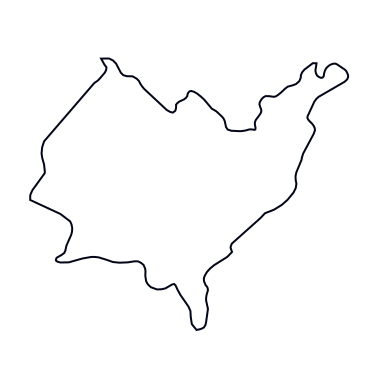 Azuay, Mercator projection, rotated 357°
{"feature_id": "ECU-1266", "entity_name": "Azuay", "entity_type": "Province", "adm_level": 1, "iso_a3": "ECU", "parent_name": "Ecuador", "parent_adm1": "", "projection": "mercator", "projection_center": [-79.036, -3.067], "detail": "fine", "context": "isolated", "style": "outline", "palette": "ink", "viewbox_px": 384, "rotation_deg": 357, "n_neighbors": 0, "source": "natural_earth", "source_scale": "10m", "svg_char_len": 2706}
<svg xmlns="http://www.w3.org/2000/svg" viewBox="0 0 384 384"><g transform="rotate(357 192 192)"><path d="M108.2,54.0L116.3,54.4L120.1,56.6L122.9,59.8L127.2,69.2L129.5,71.7L132.7,72.9L138.8,73.4L142.9,76.1L144.9,78.5L146.0,81.1L147.5,83.6L149.5,86.4L171.0,108.7L174.4,110.9L177.0,111.7L179.5,110.1L180.2,108.3L180.6,106.1L180.6,104.0L182.0,102.5L184.1,101.0L188.9,99.1L191.0,97.6L192.3,95.9L192.7,94.1L193.6,92.4L195.0,91.3L196.6,91.1L199.4,92.1L202.4,94.1L206.0,97.3L209.2,100.6L216.1,109.8L220.5,112.7L225.8,118.2L227.4,120.4L228.4,122.9L229.4,129.0L230.9,131.5L234.5,132.9L243.4,133.8L247.1,133.6L249.6,133.2L252.0,132.6L253.8,132.5L255.9,132.8L257.5,133.2L258.5,132.9L258.8,131.3L258.3,127.4L258.5,125.5L259.5,123.4L264.1,117.8L265.0,116.4L265.5,114.6L265.3,112.8L264.5,110.5L263.9,107.8L264.6,105.5L266.2,103.1L268.2,101.2L270.5,100.1L273.8,100.3L278.6,101.2L280.4,101.0L282.7,99.8L285.9,97.5L290.6,93.5L293.2,91.8L298.6,90.6L301.6,89.6L305.0,86.9L306.5,83.8L306.9,81.0L308.2,78.3L310.6,75.7L319.4,69.7L323.1,70.0L321.6,77.2L321.9,79.5L322.8,82.0L324.6,83.7L326.9,84.8L328.6,84.5L329.6,83.2L330.1,80.6L331.0,78.0L332.5,75.4L335.0,73.2L337.2,72.0L339.6,71.3L341.7,71.3L343.2,71.9L350.8,77.6L352.4,79.3L353.3,81.5L354.0,83.5L353.9,85.5L352.9,87.6L350.2,89.9L323.4,103.6L321.0,105.6L318.9,108.2L311.4,122.4L311.1,124.0L311.8,125.7L313.2,127.6L315.3,129.8L317.0,132.3L317.9,134.6L318.0,136.9L316.5,140.4L305.1,159.3L303.6,163.2L303.0,165.8L297.2,177.9L296.2,181.7L296.2,185.6L296.7,189.2L295.8,193.5L293.4,197.8L287.1,204.7L281.1,209.5L272.9,214.0L263.8,217.0L258.9,221.7L229.1,245.6L228.0,247.9L227.6,249.7L228.8,254.0L223.9,258.6L210.3,266.2L206.0,269.4L202.8,272.6L200.7,275.7L199.5,278.2L199.2,280.3L199.5,282.3L200.8,285.9L202.0,287.3L202.6,288.8L202.8,290.9L201.2,295.4L200.6,298.1L200.4,301.0L201.8,309.6L199.1,323.6L198.2,325.9L196.8,327.9L195.1,328.7L193.5,329.3L189.3,330.0L184.9,323.9L184.2,316.5L184.2,310.8L182.4,306.1L175.1,294.3L172.6,289.2L170.7,284.4L169.3,282.9L167.1,283.4L160.5,286.8L156.8,287.5L152.0,287.5L145.9,284.9L143.0,281.8L141.5,278.6L141.0,273.3L141.4,268.7L141.2,266.0L139.8,262.3L137.1,259.9L134.3,258.4L131.0,258.2L124.4,258.9L115.9,258.8L109.4,257.8L103.3,255.3L95.4,252.4L91.1,251.7L87.9,251.6L79.0,252.7L65.3,255.8L56.8,255.5L53.9,254.5L52.5,253.3L52.9,251.3L53.9,250.3L58.5,248.0L61.1,246.3L62.4,244.1L63.8,239.0L69.1,228.5L70.1,225.4L70.5,221.8L70.0,218.2L68.8,215.0L59.5,207.1L30.0,191.5L30.3,186.8L31.2,184.7L32.9,181.6L45.9,165.5L46.1,163.6L45.7,156.7L44.2,150.1L43.8,145.6L44.7,139.5L47.0,133.6L99.9,78.3L101.0,77.5L102.4,76.7L103.9,75.7L105.9,73.8L111.2,68.2L112.6,65.8L113.1,63.0L111.2,60.2L108.2,54.0Z" fill="none" stroke="#020617" stroke-width="2"/></g></svg>